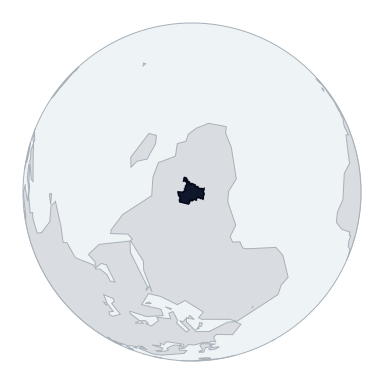 Katanga on an orthographic globe, rotated 193°
{"feature_id": "COD-1897", "entity_name": "Katanga", "entity_type": "Province", "adm_level": 1, "iso_a3": "COD", "parent_name": "Democratic Republic of the Congo", "parent_adm1": "", "projection": "orthographic", "projection_center": [26.036, -9.229], "detail": "fine", "context": "on_globe", "style": "filled", "palette": "ink", "viewbox_px": 384, "rotation_deg": 193, "n_neighbors": 0, "source": "natural_earth", "source_scale": "10m", "svg_char_len": 9476}
<svg xmlns="http://www.w3.org/2000/svg" viewBox="0 0 384 384"><g transform="rotate(193 192 192)"><circle cx="192" cy="192" r="169" fill="#eef3f6" stroke="#a8b0b8"/><path d="M26.1,160.2L25.7,162.1L26.1,160.2ZM25.6,162.5L25.1,171.4L27.6,173.9L28.1,180.4L27.5,185.1L29.1,185.5L29.1,188.4L37.8,189.4L44.5,194.9L45.8,205.2L43.2,218.4L47.8,244.5L44.9,255.3L48.9,265.8L54.8,282.3L52.4,282.9L57.9,289.4L60.6,294.6L60.4,296.0L64.6,301.0L64.6,302.0L67.6,304.6L73.9,312.2L79.3,316.8L85.5,322.7L89.1,325.3L89.1,325.5L90.8,327.0L93.0,328.6L90.5,327.0L86.4,323.9L77.3,316.1L68.7,307.6L60.8,298.5L53.5,288.8L47.0,278.7L41.2,268.1L36.1,257.2L31.9,245.9L28.4,234.3L25.8,222.6L24.1,210.6L23.2,198.6L23.1,186.5L24.0,174.5L25.6,162.5ZM96.8,330.7L91.7,327.9L93.6,329.0L89.8,325.9L94.4,328.4L96.8,330.7ZM87.8,322.3L86.4,320.2L87.6,320.8L88.8,322.5L87.8,322.3ZM348.5,128.4L348.7,128.8L349.7,131.6L347.6,127.0L348.5,131.1L355.2,150.2L356.3,155.1L356.1,162.0L355.4,158.2L350.0,146.1L351.6,157.5L355.8,169.8L357.3,182.7L355.3,177.1L353.4,165.8L351.5,161.2L350.1,151.0L344.9,135.1L342.7,136.2L341.1,130.4L333.6,117.1L329.4,118.6L323.9,131.1L326.2,146.3L323.0,152.2L311.7,128.5L306.3,113.9L302.5,114.5L290.8,101.7L271.2,98.7L268.2,95.1L264.6,96.4L256.3,92.4L251.6,86.8L246.7,86.9L259.1,101.8L264.3,102.0L268.4,96.9L270.9,102.3L278.9,107.8L270.8,120.0L241.4,130.3L238.3,119.0L214.3,89.9L214.8,86.9L214.7,86.6L214.4,86.0L212.5,90.8L208.3,85.6L221.4,104.8L223.8,113.6L241.0,130.9L239.5,132.7L244.9,136.5L262.0,133.2L262.2,137.1L254.3,154.6L230.4,179.3L233.4,197.4L231.4,213.0L216.2,223.2L217.2,235.8L209.3,240.1L208.6,247.4L202.1,255.1L191.4,262.6L173.4,263.4L172.4,256.7L163.7,244.3L151.8,214.7L156.5,200.9L155.0,190.7L141.9,169.4L144.8,157.1L141.3,152.4L134.0,154.2L129.9,148.8L125.4,149.1L97.8,156.9L89.3,150.8L79.2,130.6L84.2,121.1L85.1,111.4L119.4,75.9L126.7,76.4L153.8,70.2L157.2,70.9L154.0,77.6L174.3,84.7L180.9,78.9L199.3,83.2L211.5,83.2L215.8,71.0L195.8,70.7L192.3,65.1L208.3,60.4L225.8,61.9L225.0,59.8L214.0,54.8L218.0,51.6L210.1,53.0L213.3,55.0L208.5,56.2L205.3,54.5L206.8,53.2L201.5,52.3L195.6,59.2L198.2,62.1L184.3,63.6L187.3,68.7L183.6,71.2L177.1,63.7L177.7,60.9L165.7,54.1L163.8,57.0L175.0,63.9L171.5,63.5L169.0,68.3L168.2,64.3L156.4,56.9L143.9,59.9L128.0,73.2L120.7,75.4L114.6,74.2L120.4,62.1L136.1,58.8L138.3,55.3L135.2,51.3L140.2,51.0L140.8,49.2L146.7,48.2L155.1,43.5L161.1,42.6L164.4,37.9L168.0,37.0L165.0,39.9L166.1,41.7L181.1,40.7L184.0,39.7L184.9,36.9L188.9,37.4L187.9,34.9L196.5,34.0L185.2,33.3L186.0,31.0L191.2,29.3L189.4,28.6L181.0,31.5L179.4,32.8L181.4,34.0L175.4,38.7L170.2,39.8L168.8,35.1L161.3,36.4L163.5,32.9L185.0,26.2L194.0,25.4L208.8,27.9L206.7,28.9L200.3,28.2L206.2,30.6L205.7,29.5L209.0,30.1L210.7,28.7L213.1,29.1L210.5,27.3L213.6,27.7L215.2,28.8L220.3,27.8L226.9,28.7L226.9,28.4L225.0,27.7L234.6,29.8L234.1,29.5L230.8,28.6L227.8,27.6L226.2,26.8L229.6,27.5L230.6,27.9L237.9,30.2L240.2,31.6L241.4,31.9L240.3,30.9L231.4,28.0L229.4,27.4L234.0,28.6L232.2,28.1L232.3,28.0L235.6,28.8L230.7,27.5L242.5,30.8L254.2,34.9L265.5,39.9L276.5,45.7L287.0,52.3L297.0,59.6L306.4,67.7L315.2,76.4L323.4,85.8L330.8,95.7L337.5,106.1L343.4,117.0L348.5,128.4ZM107.7,92.0L106.8,94.8L107.7,92.0ZM244.7,70.5L254.9,72.1L249.8,64.6L253.3,64.7L250.2,62.3L249.3,64.1L241.8,57.9L246.0,56.5L244.5,53.8L240.9,53.2L234.4,56.8L245.2,65.4L243.1,68.0L244.7,70.5ZM26.1,159.8L25.9,161.3L25.8,161.8L26.1,159.8ZM80.8,64.8L78.1,67.2L79.3,66.1L80.8,64.8ZM138.5,42.3L140.5,42.8L138.2,44.8L130.6,47.4L133.8,44.3L138.5,42.3ZM143.9,43.2L144.5,38.6L149.3,37.3L146.5,38.7L149.6,38.3L145.9,40.5L149.8,44.3L148.0,46.5L134.9,49.2L140.2,46.9L137.9,46.3L143.9,43.2ZM137.9,33.7L138.3,33.0L148.1,30.9L146.7,31.9L139.0,34.2L136.2,34.3L137.9,33.7ZM165.6,25.1L165.3,25.2L164.3,25.3L165.6,25.1ZM163.0,25.5L162.9,25.6L160.5,26.0L159.4,26.3L155.0,27.2L153.4,27.7L152.2,27.9L150.6,28.6L149.8,28.5L146.7,29.5L149.1,29.0L128.0,35.7L119.7,39.3L113.1,42.7L112.9,42.7L124.9,37.0L137.3,32.1L150.0,28.3L163.0,25.5ZM161.1,68.3L163.7,68.4L167.8,67.9L166.3,71.2L161.1,68.3ZM152.8,63.2L155.2,62.6L155.1,66.5L152.4,66.6L152.8,63.2ZM156.6,59.3L155.3,62.3L154.4,60.7L156.6,59.3ZM167.2,39.4L169.7,38.9L170.0,39.5L168.5,40.6L167.2,39.4ZM186.0,23.5L184.2,23.5L184.9,23.4L183.8,23.3L187.4,23.1L189.5,23.1L186.0,23.5ZM212.4,73.0L208.8,75.2L207.0,74.1L208.6,73.5L212.4,73.0ZM186.4,72.7L192.3,74.1L185.9,73.6L186.4,72.7ZM189.7,23.3L188.9,23.2L191.2,23.3L189.7,23.3ZM190.0,23.1L192.7,23.1L187.7,23.1L190.0,23.1ZM268.0,304.0L268.2,306.7L266.0,306.5L268.0,304.0ZM259.5,212.0L247.1,239.4L239.3,239.1L238.4,230.6L243.2,213.9L252.4,209.7L257.0,202.4L259.5,212.0ZM358.9,218.6L359.1,217.0L359.1,217.3L358.9,218.6ZM359.2,216.1L357.9,210.9L356.9,206.9L357.5,204.5L359.2,208.3L359.2,216.1ZM357.4,204.2L355.3,193.3L349.3,166.5L351.5,168.2L357.1,186.0L356.9,188.2L358.2,196.2L357.4,204.2ZM360.8,199.0L360.5,203.7L360.2,200.2L359.9,197.8L359.7,187.4L359.8,183.2L360.3,184.3L360.2,176.3L360.8,199.0ZM326.9,147.9L330.5,158.0L328.5,158.9L326.9,147.9ZM351.3,136.0L350.9,135.8L350.1,133.4L350.0,132.4L351.3,136.0ZM219.0,25.2L216.5,25.3L217.1,25.9L221.1,27.0L214.4,25.8L213.5,24.8L219.0,25.2ZM202.8,23.4L202.4,23.4L202.8,23.4ZM331.1,287.9L330.2,288.6L331.7,285.3L335.0,280.8L343.5,264.3L343.4,265.1L348.0,254.8L350.2,251.3L344.8,264.0L338.5,276.3L331.1,287.9Z" fill="#d9dde1" stroke="#a8b0b8" stroke-width="1"/><path d="M201.7,179.6L201.8,179.8L202.0,180.3L202.2,180.7L202.4,181.4L202.5,181.7L202.5,181.9L202.1,182.4L202.1,182.5L202.2,183.0L202.3,183.5L202.5,183.9L202.7,184.2L202.7,184.4L202.8,184.5L203.2,184.8L203.6,185.0L203.9,185.2L204.3,185.7L204.4,185.9L204.7,186.4L204.9,187.3L205.5,188.2L205.7,188.8L205.7,189.0L200.4,189.8L200.5,190.2L200.4,190.4L200.3,190.7L199.9,191.2L199.5,191.6L199.2,191.8L198.8,192.0L198.7,192.1L198.8,192.3L199.1,192.3L199.2,192.5L199.3,192.8L199.5,193.0L199.4,193.0L199.5,193.1L199.5,193.5L199.6,193.8L199.5,194.1L199.5,194.6L199.4,194.9L199.5,195.1L199.5,195.3L199.6,195.6L199.5,195.8L199.6,196.0L199.7,196.3L199.3,196.8L199.3,197.0L199.2,197.1L199.2,197.3L199.1,197.5L199.0,197.8L198.9,198.1L198.9,198.3L198.7,198.6L198.7,198.8L198.8,198.9L198.8,199.0L198.9,199.3L199.0,199.5L199.1,199.8L199.3,199.9L199.5,200.0L199.8,200.2L199.9,200.3L200.0,200.4L200.1,200.6L200.3,200.7L200.4,200.8L200.6,201.3L200.8,201.3L201.0,201.3L201.3,201.3L201.6,201.4L201.8,201.5L202.0,201.6L202.0,201.4L201.9,201.3L201.8,201.2L201.9,200.9L202.2,200.8L202.3,200.8L202.6,200.8L202.7,200.7L202.8,200.7L202.8,204.4L202.7,204.5L202.3,204.5L202.3,204.4L202.2,204.3L202.3,204.2L202.4,203.9L202.2,203.8L201.8,204.0L201.4,204.2L201.1,204.4L200.9,204.3L200.5,204.3L200.4,204.2L200.2,203.6L200.1,203.4L199.9,203.1L199.7,202.8L199.6,202.7L199.4,202.7L199.3,202.8L199.2,202.8L199.2,202.6L199.0,202.4L199.1,202.2L198.9,201.7L198.6,201.5L198.3,201.5L198.2,201.4L197.9,201.3L197.5,201.3L197.5,201.1L197.2,201.0L197.2,200.9L197.0,201.1L196.7,201.1L196.3,200.7L196.1,200.3L196.1,200.2L196.0,199.9L195.5,199.6L195.4,199.4L195.4,199.1L195.3,198.9L195.0,199.0L194.9,199.0L194.8,199.3L194.7,199.4L194.7,199.5L194.7,199.8L194.5,200.0L194.4,200.1L194.1,200.1L193.9,200.2L193.4,200.1L193.2,199.9L192.9,199.9L192.8,200.0L192.7,200.0L192.4,199.9L191.8,199.9L191.6,199.7L191.3,199.6L191.1,199.6L190.8,199.4L190.7,199.4L190.6,199.5L190.4,199.5L190.4,199.3L190.2,199.2L189.9,198.8L189.9,198.7L189.8,198.4L189.9,198.2L189.9,197.8L189.5,198.0L189.4,198.0L188.9,198.0L188.5,198.2L188.4,198.2L188.2,198.2L188.0,198.4L187.8,198.4L187.7,198.5L187.4,198.6L187.2,198.4L186.9,198.4L187.1,198.3L187.2,198.1L187.3,197.9L187.2,197.8L187.2,197.7L187.0,197.4L186.8,197.4L186.6,197.3L186.4,197.1L186.4,196.9L186.1,196.9L185.9,197.1L185.7,197.3L185.4,197.3L185.1,197.3L184.6,197.1L184.3,197.2L183.8,197.5L183.3,197.6L183.0,197.5L182.8,197.4L182.7,197.4L182.5,197.5L182.4,197.6L182.2,197.5L181.9,197.4L181.7,197.6L181.3,197.8L181.1,198.0L181.1,197.9L181.0,197.5L181.0,197.3L180.9,197.3L180.9,197.1L180.8,196.8L181.0,196.7L181.2,196.4L181.3,196.4L181.2,196.3L181.2,196.0L181.1,195.8L181.2,195.6L181.2,195.4L180.9,194.7L180.7,194.1L180.4,194.0L180.3,193.8L180.2,193.7L179.9,193.3L179.9,193.2L179.7,192.7L179.8,192.1L179.8,191.7L179.8,190.9L180.0,190.3L180.1,190.2L180.1,189.9L180.0,189.7L179.9,189.5L180.0,189.4L179.9,189.2L179.8,188.9L179.7,188.7L179.5,188.4L179.5,188.2L179.5,187.9L179.7,187.4L180.1,187.6L180.3,187.7L180.4,187.8L180.7,187.8L180.9,187.9L181.6,187.8L181.8,187.7L182.0,187.6L182.2,187.9L182.2,188.0L182.4,188.1L182.6,188.1L182.8,188.1L183.0,188.1L183.4,187.9L183.6,187.8L183.7,188.1L183.8,188.2L184.0,188.1L184.3,188.1L184.5,188.2L184.8,188.1L185.1,188.1L185.3,188.0L185.5,188.1L185.6,187.9L185.9,187.9L185.8,187.6L185.8,187.0L185.9,186.9L186.0,186.6L185.9,186.4L186.0,186.2L186.1,185.9L186.2,185.7L186.4,185.6L186.5,185.4L186.4,185.4L186.5,185.4L186.4,185.3L186.4,185.2L186.5,185.2L186.4,185.1L186.6,185.1L186.7,185.4L186.8,185.4L187.1,185.6L187.3,185.6L187.5,185.4L187.8,185.4L188.0,185.2L188.3,185.1L188.7,184.8L188.7,184.6L188.8,184.5L188.9,184.4L189.2,184.4L189.4,184.5L189.6,184.5L189.8,184.7L190.2,184.6L190.3,184.4L190.5,184.2L190.4,184.1L190.1,184.1L189.8,183.8L189.7,183.7L189.8,183.5L190.1,183.5L190.4,183.5L190.5,183.5L190.7,183.4L190.9,183.4L191.2,183.1L191.3,183.0L191.7,183.2L191.7,183.3L191.8,183.4L192.0,183.2L192.3,183.3L192.4,183.2L192.3,182.9L192.4,182.5L192.4,182.3L192.4,181.9L192.3,181.7L192.2,181.6L192.1,181.4L192.2,181.2L192.3,181.0L192.2,180.8L192.1,180.7L192.3,180.4L192.5,180.0L192.7,179.5L201.7,179.6Z" fill="#0f172a" stroke="#020617" stroke-width="1.5"/></g></svg>